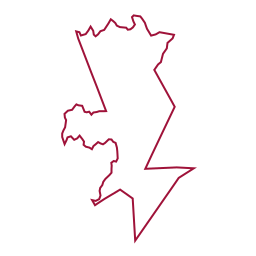 Catende, Pernambuco, Brazil (Equal Earth projection)
{"feature_id": "56859067B24117233366877", "entity_name": "Catende", "entity_type": "district", "adm_level": 2, "iso_a3": "BRA", "parent_name": "Brazil", "parent_adm1": "Pernambuco", "projection": "equal_earth", "projection_center": [-35.752, -8.69], "detail": "fine", "context": "isolated", "style": "outline", "palette": "rose", "viewbox_px": 256, "rotation_deg": 0, "n_neighbors": 0, "source": "geoboundaries", "source_scale": "gbopen_adm2", "svg_char_len": 1628}
<svg xmlns="http://www.w3.org/2000/svg" viewBox="0 0 256 256"><path d="M67.9,110.7L64.5,113.9L64.9,117.6L66.1,120.1L65.7,123.1L65.1,127.3L63.4,130.5L62.2,133.5L62.2,137.0L64.6,144.1L66.5,140.2L67.5,137.4L70.9,136.3L74.2,139.8L77.2,138.4L79.6,135.6L82.4,139.2L84.0,141.6L83.6,144.8L85.8,146.7L89.4,147.6L91.9,149.2L93.5,146.0L95.4,144.5L98.1,142.1L100.7,143.5L103.0,144.3L105.1,142.9L108.8,139.3L111.5,139.5L113.2,141.8L115.6,142.9L116.9,147.6L117.3,151.4L117.7,158.4L116.1,161.6L113.7,161.0L111.3,162.8L111.7,165.6L111.5,168.8L111.5,172.7L109.4,175.1L107.2,177.2L105.4,178.9L103.3,181.8L102.3,185.1L100.2,187.9L99.6,190.9L100.5,195.5L99.2,199.1L95.7,200.9L92.1,200.1L93.6,202.7L95.0,205.2L97.8,203.3L104.5,198.9L120.1,189.6L132.7,198.5L135.2,240.6L166.4,195.7L170.3,190.1L176.8,180.7L178.7,177.9L193.8,168.3L176.7,167.4L145.3,168.8L152.3,153.8L162.9,131.5L174.7,106.8L171.2,100.4L159.0,78.4L154.3,69.9L158.1,64.4L160.9,62.1L163.0,53.8L166.8,48.4L167.5,42.9L169.9,40.8L172.6,38.4L174.0,34.8L159.5,32.2L155.7,34.4L151.1,35.6L148.9,31.9L147.0,28.8L145.8,25.5L144.9,22.8L142.1,18.7L140.3,16.4L136.6,15.9L133.7,15.4L132.0,17.1L133.4,21.4L134.9,24.5L132.9,27.4L130.4,29.3L127.8,29.7L126.2,27.7L119.9,27.1L116.8,25.6L115.3,23.0L113.3,21.2L110.8,19.3L108.4,23.5L104.2,29.9L100.4,31.2L98.0,34.4L95.6,36.3L93.8,34.6L93.2,30.8L90.6,26.6L88.3,30.6L85.7,34.1L80.9,35.5L79.4,32.2L76.2,31.4L78.2,38.5L91.4,72.9L96.8,86.7L106.1,111.1L103.8,111.2L99.3,111.2L96.8,112.0L93.4,112.5L91.4,114.7L89.2,111.7L86.7,112.3L84.6,111.8L82.2,105.8L78.4,105.3L76.4,104.4L74.7,106.3L72.1,109.8L67.9,110.7Z" fill="none" stroke="#9f1239" stroke-width="2"/></svg>